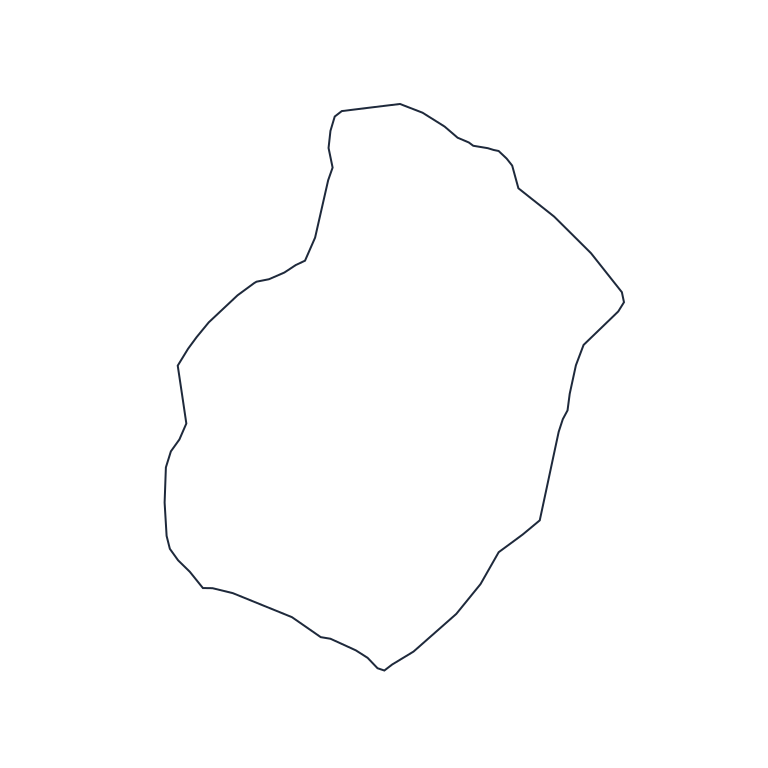 outline of Lesotho, rotated 162°
{"feature_id": "LSO", "entity_name": "Lesotho", "entity_type": "country or territory", "adm_level": 0, "iso_a3": "LSO", "parent_name": "Africa", "parent_adm1": "", "projection": "natural_earth1", "projection_center": [28.2, -29.612], "detail": "fine", "context": "isolated", "style": "outline", "palette": "slate", "viewbox_px": 768, "rotation_deg": 162, "n_neighbors": 0, "source": "natural_earth", "source_scale": "50m", "svg_char_len": 1090}
<svg xmlns="http://www.w3.org/2000/svg" viewBox="0 0 768 768"><g transform="rotate(162 384 384)"><path d="M495.9,513.6L476.3,520.1L473.6,520.7L461.1,519.2L444.3,520.8L431.2,524.4L421.0,525.7L404.3,544.5L374.1,595.1L366.0,605.7L363.8,625.6L356.7,641.3L348.2,653.6L339.8,656.6L314.5,651.7L282.3,645.4L263.5,630.1L246.8,610.1L237.9,595.5L228.7,587.5L225.5,583.0L212.4,576.2L207.4,572.7L203.0,570.2L197.7,560.5L194.6,552.1L195.7,528.6L186.4,514.6L170.5,490.7L160.4,471.1L146.7,444.4L138.2,421.5L129.4,397.8L130.5,387.6L138.8,380.6L163.2,368.7L182.1,359.5L195.7,342.5L210.4,317.3L217.6,302.2L224.8,295.3L232.6,284.6L246.4,260.8L261.6,234.5L278.0,206.2L298.6,198.0L326.9,188.6L354.0,163.9L386.3,143.0L438.6,120.4L462.9,114.7L472.2,111.4L478.0,115.7L484.2,128.6L493.1,139.4L513.7,158.3L522.4,162.8L543.6,190.7L566.3,209.8L592.4,231.8L610.2,242.8L619.3,245.9L626.7,265.4L634.3,279.9L638.6,293.4L637.7,306.7L629.3,339.0L617.2,372.1L607.5,385.8L595.7,394.5L584.2,407.5L579.7,434.1L574.5,465.2L559.4,478.1L547.7,486.5L531.6,496.8L495.9,513.6Z" fill="none" stroke="#1e293b" stroke-width="2"/></g></svg>